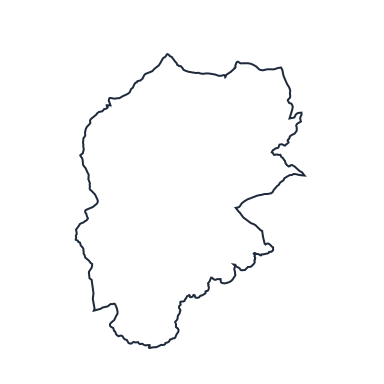 Central Pentecost 1, Penama, Vanuatu, rotated 74°
{"feature_id": "77236927B11071622458470", "entity_name": "Central Pentecost 1", "entity_type": "district", "adm_level": 2, "iso_a3": "VUT", "parent_name": "Vanuatu", "parent_adm1": "Penama", "projection": "natural_earth1", "projection_center": [168.168, -15.648], "detail": "fine", "context": "isolated", "style": "outline", "palette": "slate", "viewbox_px": 384, "rotation_deg": 74, "n_neighbors": 0, "source": "geoboundaries", "source_scale": "gbopen_adm2", "svg_char_len": 5970}
<svg xmlns="http://www.w3.org/2000/svg" viewBox="0 0 384 384"><g transform="rotate(74 192 192)"><path d="M81.0,246.8L86.3,246.5L85.1,250.0L86.0,250.2L86.3,249.7L87.2,249.6L87.7,250.1L88.2,251.3L88.2,253.9L89.0,254.8L89.7,256.3L89.4,259.3L90.0,261.1L91.3,262.8L94.0,269.1L94.6,269.8L95.7,270.5L97.4,270.6L98.2,271.4L100.6,275.3L102.5,277.0L103.8,277.5L104.8,278.3L106.5,278.6L108.5,279.2L109.4,280.2L110.3,281.5L114.7,283.2L117.1,283.5L118.4,284.0L121.0,284.2L124.7,286.3L125.8,289.2L126.2,289.4L129.3,288.3L131.1,288.3L135.0,289.1L136.5,289.1L139.9,287.7L144.3,287.1L146.4,286.6L147.6,286.7L148.4,287.2L149.8,287.4L150.8,288.1L155.4,287.7L156.5,288.3L158.9,288.7L159.9,289.3L160.7,289.4L161.8,289.3L162.9,288.4L167.7,285.9L173.1,285.0L174.9,285.0L176.6,286.1L177.1,286.8L179.1,291.5L180.0,299.1L180.9,300.0L182.5,300.2L183.9,299.6L186.3,299.7L188.8,299.3L190.2,301.2L190.6,303.0L191.3,304.7L191.6,307.4L192.0,308.8L192.9,309.6L196.2,313.8L200.5,314.3L201.9,315.7L204.1,315.9L205.1,316.7L205.9,316.9L207.3,315.2L208.9,314.9L209.2,314.2L209.9,313.6L212.6,313.7L215.8,312.2L217.0,312.1L218.1,312.5L219.9,312.6L220.9,313.1L221.9,313.1L222.8,312.7L225.6,312.7L229.9,309.8L231.9,309.2L233.7,307.8L235.7,308.5L237.3,309.5L240.2,313.0L240.9,313.3L246.7,314.3L248.8,312.7L262.2,314.6L267.3,316.8L277.2,317.8L279.0,319.1L279.1,311.8L278.4,310.0L278.7,304.5L277.3,301.2L277.8,299.5L277.9,297.6L278.6,296.9L282.9,296.3L286.9,296.6L288.8,297.4L289.7,298.6L293.6,302.0L295.7,306.5L296.6,307.3L297.6,307.6L298.3,307.6L299.2,307.1L301.1,305.2L303.8,305.2L304.3,305.0L304.9,304.4L307.9,304.1L309.2,303.5L309.5,303.0L310.4,302.3L310.4,300.1L310.7,299.3L311.7,298.5L314.2,297.8L315.2,297.1L316.2,295.5L319.4,294.7L319.9,294.4L320.7,293.1L321.0,292.1L320.2,290.2L320.1,289.2L320.9,288.2L321.5,285.2L322.6,285.0L323.8,284.0L324.0,283.5L324.0,282.1L324.3,281.5L326.0,280.1L326.5,279.2L327.4,275.0L328.4,275.1L329.4,276.2L329.8,276.3L330.2,275.9L330.6,272.1L331.3,269.2L331.0,266.5L330.4,263.7L331.0,262.4L331.2,261.0L330.8,259.9L329.8,259.1L329.9,257.1L329.7,256.1L329.1,254.9L327.8,253.9L327.8,251.9L327.4,250.8L327.7,249.3L327.4,248.3L325.3,246.7L323.9,245.3L322.9,243.9L321.2,243.0L319.6,243.1L317.5,244.6L314.6,243.8L312.4,244.1L311.8,243.4L311.2,242.2L310.1,241.0L307.1,239.7L305.2,237.3L303.4,236.5L303.1,236.0L302.5,235.8L301.6,235.8L300.1,236.4L298.8,236.2L298.0,235.5L297.5,234.3L297.1,233.9L295.4,233.9L294.7,233.7L294.4,233.4L294.4,232.4L294.8,230.8L294.7,229.3L293.2,228.1L292.5,226.9L290.9,225.6L290.6,223.9L290.3,223.1L290.8,222.7L292.3,222.9L292.7,222.4L292.9,221.8L292.8,220.5L291.4,218.8L291.5,218.4L292.1,217.9L294.2,217.9L294.6,217.6L295.2,216.0L295.2,214.2L294.0,212.5L294.2,210.8L293.3,207.7L293.1,207.1L292.5,206.6L291.6,206.6L291.2,206.3L291.3,204.5L291.1,203.8L289.9,202.7L288.0,202.0L286.3,202.2L285.7,201.6L284.2,201.8L282.9,199.9L279.6,197.2L280.0,196.3L281.9,195.2L282.6,194.4L282.9,193.5L282.7,191.9L283.6,188.5L285.9,189.0L286.7,189.0L287.3,188.6L288.0,187.7L288.8,185.9L289.0,184.3L288.9,181.3L288.5,179.3L287.3,177.0L285.7,175.3L284.9,174.2L283.6,173.1L282.7,173.2L280.9,172.7L278.1,172.7L277.1,172.3L275.4,171.1L274.7,171.0L273.2,171.9L273.8,170.5L275.7,170.0L278.4,167.3L280.2,166.8L280.8,166.2L281.6,162.6L279.5,158.9L280.0,156.7L279.9,155.5L277.9,152.0L276.7,151.0L274.9,150.9L274.3,150.0L273.3,149.9L273.0,149.5L272.4,149.3L271.1,149.7L270.4,149.1L269.3,149.2L268.2,149.6L267.9,148.7L268.3,147.9L269.3,147.3L270.0,145.3L271.9,143.5L271.9,143.0L271.2,142.6L271.2,141.8L271.6,140.9L271.9,136.1L271.7,135.1L270.9,134.5L270.9,133.5L271.3,132.6L271.3,132.0L270.3,130.1L267.6,129.3L266.5,130.3L264.1,131.5L262.8,132.7L262.3,133.6L262.4,135.2L262.7,135.7L261.7,136.4L254.9,136.1L248.7,135.3L247.7,136.6L241.4,140.1L239.9,141.6L238.2,143.9L230.6,149.7L224.8,151.8L224.3,152.3L219.3,154.3L219.5,152.4L219.4,150.9L218.7,149.7L216.7,147.4L215.4,144.4L214.4,140.8L213.5,130.5L213.6,127.9L213.9,126.2L213.9,123.1L214.8,119.5L215.0,116.2L214.3,114.5L212.6,112.9L209.7,108.5L209.1,106.7L207.3,104.8L205.9,100.8L204.2,99.3L202.8,93.9L202.8,93.0L203.2,91.4L202.7,89.5L203.3,87.6L205.5,83.6L207.2,79.3L205.4,80.1L203.7,80.6L201.5,82.8L196.0,86.2L193.9,88.1L193.5,89.0L193.5,89.8L193.6,90.3L194.1,90.7L194.1,92.0L192.2,93.4L190.3,94.1L187.5,94.1L186.1,94.9L184.7,95.1L182.8,96.5L180.6,96.8L180.3,98.3L179.2,100.3L179.1,102.6L178.7,103.1L177.0,103.4L175.8,104.4L174.1,102.7L173.9,101.5L173.1,99.5L173.3,97.6L173.1,96.7L170.6,94.9L170.7,93.0L171.2,92.0L172.8,90.3L173.0,89.6L172.3,88.7L171.7,86.8L171.1,85.7L170.8,85.5L170.0,85.5L169.3,86.0L168.7,85.8L168.1,85.2L167.7,84.0L165.8,82.8L165.2,82.0L164.7,80.4L164.2,77.3L161.9,74.4L159.0,73.6L157.1,73.6L156.4,73.3L155.6,72.3L155.1,71.3L154.3,67.9L151.2,67.8L149.2,66.7L148.0,65.4L145.9,64.9L145.3,68.0L145.6,69.8L146.4,71.1L148.4,72.9L148.6,73.6L148.2,78.0L140.7,73.1L137.8,71.6L135.4,71.8L134.2,72.4L133.8,73.2L133.1,74.1L130.3,74.7L129.6,74.1L128.5,72.0L128.1,71.7L126.8,71.1L124.0,70.7L122.2,69.8L120.9,69.6L118.0,69.8L114.7,70.8L109.1,71.6L105.0,72.0L99.7,71.5L96.9,72.1L96.5,75.3L96.7,79.3L94.8,85.7L94.5,90.6L93.3,92.9L92.5,93.7L88.9,95.8L86.4,98.3L84.7,100.5L83.6,102.9L81.8,109.5L81.6,110.0L79.4,111.9L79.4,112.9L80.1,113.8L82.6,115.6L83.8,115.6L84.3,116.1L84.5,116.8L84.8,116.7L87.2,121.6L88.6,126.1L89.5,127.5L90.4,127.8L90.8,128.4L88.7,128.4L88.4,129.2L88.3,132.0L87.7,134.2L85.4,137.5L82.9,142.7L82.1,144.9L81.4,149.0L80.5,151.0L79.1,153.1L78.9,154.9L77.6,157.8L75.4,162.3L73.7,164.8L72.0,166.6L70.4,166.9L68.2,167.9L67.9,168.2L67.4,169.7L66.8,169.9L65.8,171.1L63.8,171.3L62.2,172.2L56.7,174.2L55.2,175.9L53.7,176.5L52.7,177.6L52.7,178.1L54.6,180.2L55.2,182.4L55.8,183.4L59.5,187.1L61.2,189.1L63.1,193.9L64.9,196.9L65.7,204.3L66.6,205.8L69.5,208.4L70.6,211.0L70.4,213.6L70.6,214.2L71.4,214.8L71.4,216.0L71.7,216.7L73.1,218.2L75.3,220.0L76.4,222.3L78.5,224.0L79.3,224.9L80.1,227.4L80.8,232.1L81.8,235.9L81.2,238.4L81.0,240.6L79.0,244.7L79.0,245.5L81.0,246.8Z" fill="none" stroke="#1e293b" stroke-width="2"/></g></svg>